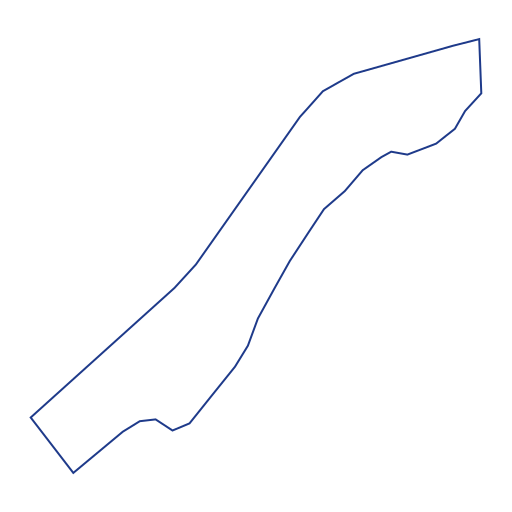 the district of Bragadiru, Teleorman, Romania
{"feature_id": "2599482B260875686248", "entity_name": "Bragadiru", "entity_type": "district", "adm_level": 2, "iso_a3": "ROU", "parent_name": "Romania", "parent_adm1": "Teleorman", "projection": "mercator", "projection_center": [25.509, 43.687], "detail": "fine", "context": "isolated", "style": "outline", "palette": "blue", "viewbox_px": 512, "rotation_deg": 0, "n_neighbors": 0, "source": "geoboundaries", "source_scale": "gbopen_adm2", "svg_char_len": 563}
<svg xmlns="http://www.w3.org/2000/svg" viewBox="0 0 512 512"><path d="M436.2,143.6L445.5,136.2L454.9,128.8L465.1,111.0L481.3,93.3L479.2,39.1L452.8,45.8L353.8,73.8L338.3,82.5L322.9,91.2L305.8,110.4L300.0,116.8L195.9,264.5L174.5,287.9L102.6,352.7L30.7,417.5L73.3,472.9L122.8,431.7L139.8,421.2L155.6,419.4L172.5,430.5L189.5,423.4L211.1,396.4L235.0,366.7L247.9,345.7L257.9,318.5L274.6,288.1L289.8,261.0L299.3,246.5L308.8,232.0L324.0,209.1L344.8,191.1L362.7,170.2L381.4,157.1L391.2,151.7L407.4,154.6L436.2,143.6Z" fill="none" stroke="#1e3a8a" stroke-width="2"/></svg>